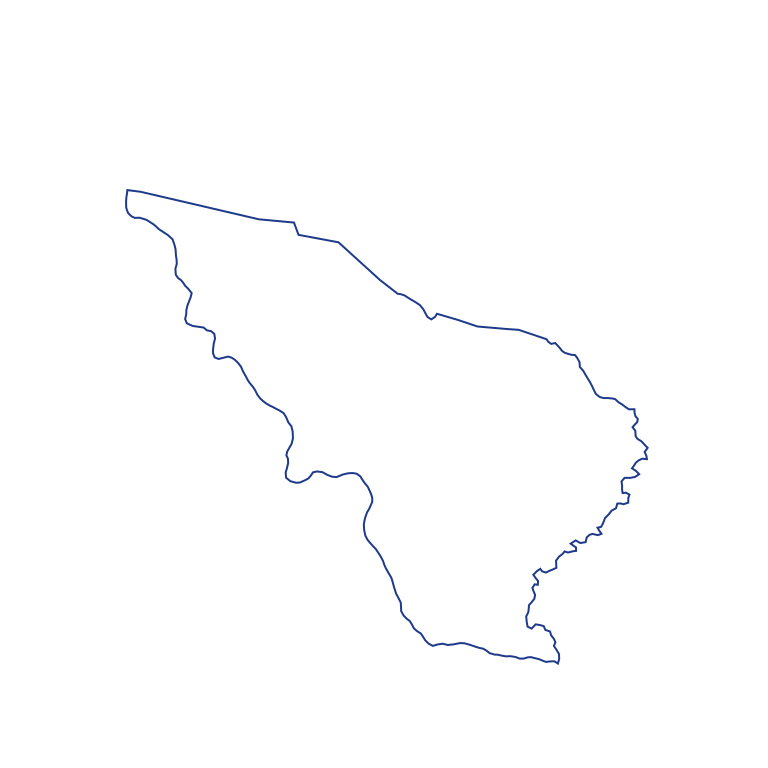 outline of Rafael Jambeiro, Bahia, Brazil, rotated 44°
{"feature_id": "56859067B89791496420122", "entity_name": "Rafael Jambeiro", "entity_type": "district", "adm_level": 2, "iso_a3": "BRA", "parent_name": "Brazil", "parent_adm1": "Bahia", "projection": "mercator", "projection_center": [-39.536, -12.474], "detail": "fine", "context": "isolated", "style": "outline", "palette": "blue", "viewbox_px": 768, "rotation_deg": 44, "n_neighbors": 0, "source": "geoboundaries", "source_scale": "gbopen_adm2", "svg_char_len": 4076}
<svg xmlns="http://www.w3.org/2000/svg" viewBox="0 0 768 768"><g transform="rotate(44 384 384)"><path d="M703.3,464.3L701.0,460.1L697.5,456.7L692.9,455.4L688.2,454.4L686.7,450.7L683.2,449.3L678.9,448.7L675.3,446.7L670.9,448.8L667.1,447.2L663.6,449.1L660.1,451.5L660.1,457.4L655.8,458.8L652.2,456.2L647.8,452.5L646.3,447.9L644.3,445.2L641.9,442.4L641.8,438.8L641.4,434.2L639.2,430.7L636.0,429.4L632.4,427.6L631.5,423.5L634.1,421.6L631.7,418.7L628.2,418.3L624.0,417.5L624.0,412.5L624.8,408.4L627.9,408.9L631.4,407.2L632.9,403.2L634.2,400.3L635.7,396.5L630.5,391.6L629.8,386.6L630.5,382.3L630.2,379.0L633.4,377.4L636.1,373.1L638.1,370.6L635.6,368.2L629.2,369.2L630.5,363.4L635.7,362.0L638.9,357.7L636.4,353.5L636.6,349.8L638.1,347.0L642.8,344.2L644.5,340.7L640.4,339.9L637.4,339.0L639.4,336.1L638.6,332.9L637.3,329.7L636.1,326.8L636.2,321.8L635.7,317.1L637.2,312.2L634.9,308.0L637.1,305.6L639.8,304.1L642.1,299.7L638.9,296.2L637.4,293.1L633.6,294.1L631.4,296.7L628.5,294.5L625.8,291.6L622.5,289.1L622.3,284.4L626.4,280.4L629.2,276.3L630.2,271.6L625.2,271.5L621.0,272.4L620.5,268.9L619.8,265.5L620.3,261.8L621.7,258.3L625.3,255.4L622.5,253.3L618.7,251.9L618.0,246.8L614.5,246.7L608.9,246.4L604.4,247.4L601.2,246.7L597.3,243.1L592.8,242.4L592.6,238.9L592.6,235.4L590.8,232.8L587.3,232.5L584.3,230.7L581.7,228.2L577.7,232.1L573.7,232.8L569.6,233.3L565.6,234.2L560.7,234.3L557.9,236.1L554.7,238.7L551.7,241.6L548.2,243.5L543.2,244.0L538.6,242.3L534.6,240.8L530.7,239.5L526.7,238.5L523.0,237.5L518.1,236.1L513.0,235.7L509.6,232.5L504.4,230.9L501.3,230.5L498.4,232.9L495.0,234.7L492.2,236.0L489.0,236.5L485.6,236.0L481.9,235.7L478.7,235.6L476.4,239.0L472.9,239.5L469.8,238.9L443.2,251.5L434.8,258.6L411.3,277.7L392.6,286.6L373.3,296.7L374.1,300.1L373.2,304.6L368.7,305.6L364.5,304.3L360.3,302.9L354.9,302.3L349.6,303.3L344.7,304.5L341.0,305.3L337.3,306.0L333.9,307.6L331.1,309.6L308.6,312.0L252.8,313.7L218.9,336.1L207.1,330.4L179.5,352.5L75.4,414.8L64.7,422.8L66.9,425.6L68.8,428.4L71.4,431.6L75.8,436.0L78.5,437.6L81.4,438.8L85.8,438.8L89.4,437.6L92.5,434.3L95.9,432.5L99.1,430.9L103.0,430.1L107.6,429.2L111.4,429.0L114.5,429.0L120.8,427.8L125.0,427.0L131.5,426.8L137.0,429.7L140.5,431.9L145.2,436.2L147.9,438.2L151.4,441.4L153.9,446.0L158.3,450.0L162.0,450.8L166.0,450.3L169.4,450.7L172.9,451.5L177.1,451.5L182.5,452.2L184.7,456.0L188.0,463.9L190.4,468.0L193.2,471.1L195.8,475.4L199.9,477.3L206.0,475.2L211.4,471.3L215.0,468.7L219.4,468.4L222.9,466.1L227.1,465.8L230.9,468.7L233.3,473.0L237.5,478.5L239.8,480.7L243.7,482.5L247.6,480.9L250.8,475.8L252.8,472.6L256.1,470.9L259.7,470.2L264.5,470.2L269.2,470.9L273.6,472.8L279.4,474.5L283.5,475.9L287.0,476.6L291.7,477.1L295.9,478.1L300.4,479.7L305.2,480.4L308.5,480.3L312.4,479.9L316.8,478.9L319.9,477.8L323.2,476.9L327.1,475.7L331.9,474.7L336.2,475.7L342.0,478.1L346.7,478.7L351.4,481.7L356.3,486.4L359.1,491.2L360.1,495.2L361.3,499.8L363.3,503.1L366.7,504.4L370.0,507.5L372.9,512.4L374.6,515.8L378.6,519.4L384.1,519.0L389.4,516.1L392.0,513.2L394.2,507.7L395.2,504.4L395.0,500.6L394.3,496.9L396.5,493.5L400.9,490.2L406.2,488.8L410.8,486.9L414.5,484.0L417.2,477.8L420.1,473.3L423.2,469.9L426.7,467.5L431.1,466.9L435.0,467.9L439.1,468.7L443.8,469.2L448.4,471.0L451.5,472.3L454.5,474.0L457.4,476.9L460.1,484.2L460.9,487.9L463.0,492.6L465.0,496.0L467.0,499.0L471.0,502.7L475.9,506.0L480.2,507.5L483.9,507.9L489.2,508.3L492.8,508.4L497.7,509.5L501.2,510.3L506.1,511.9L510.1,514.0L513.5,515.3L519.2,517.0L523.7,518.2L526.9,519.9L532.6,523.3L538.1,526.3L542.4,527.7L547.9,529.6L551.0,532.4L554.2,535.5L558.9,536.9L563.3,537.1L567.3,536.6L571.8,537.8L575.3,539.0L579.6,538.8L583.7,537.9L586.9,538.5L591.6,539.7L596.3,539.8L601.0,538.5L603.5,534.1L606.7,530.0L611.1,527.5L615.1,522.7L618.7,517.5L622.0,514.6L627.0,511.9L632.6,509.3L636.6,507.2L639.2,505.5L643.0,504.6L647.0,504.2L651.7,501.7L654.0,499.6L657.4,497.6L660.9,495.2L664.1,491.9L668.1,489.1L672.3,487.3L675.2,484.5L677.2,480.9L679.3,478.5L682.8,476.5L686.7,474.2L690.9,472.6L693.8,471.2L695.7,468.7L699.2,465.1L703.3,464.3Z" fill="none" stroke="#1e3a8a" stroke-width="2"/></g></svg>